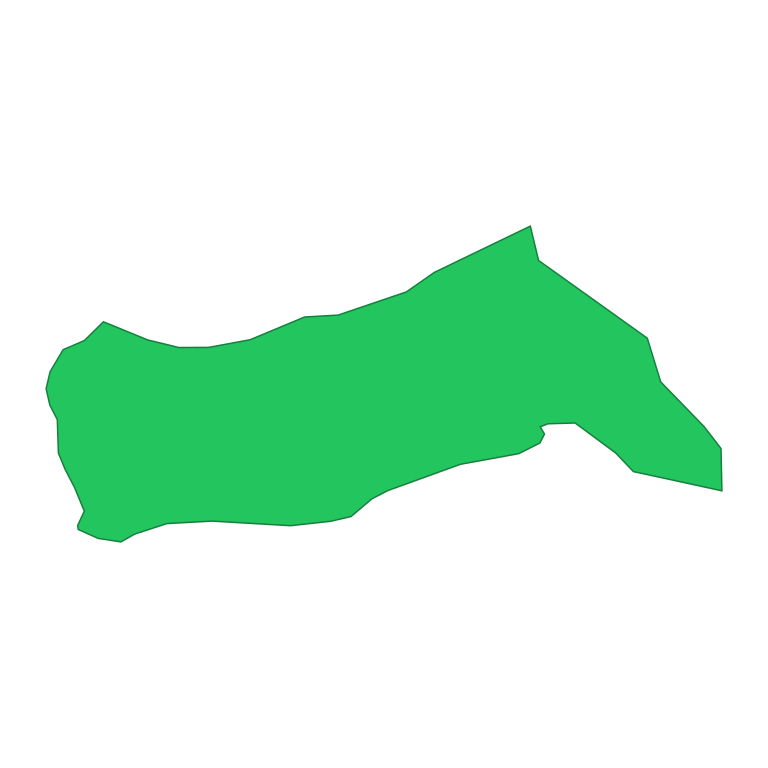 outline of Pivka
{"feature_id": "SVN-977", "entity_name": "Pivka", "entity_type": "Statistical Region", "adm_level": 1, "iso_a3": "SVN", "parent_name": "Slovenia", "parent_adm1": "", "projection": "equal_earth", "projection_center": [14.213, 45.688], "detail": "fine", "context": "isolated", "style": "filled", "palette": "green", "viewbox_px": 768, "rotation_deg": 0, "n_neighbors": 0, "source": "natural_earth", "source_scale": "10m", "svg_char_len": 695}
<svg xmlns="http://www.w3.org/2000/svg" viewBox="0 0 768 768"><path d="M530.3,226.1L538.6,260.5L647.3,338.2L660.7,381.9L704.0,426.5L721.0,448.5L721.9,490.8L633.4,471.6L615.8,453.1L575.1,423.0L547.9,423.8L540.2,426.8L544.5,434.1L539.9,443.0L518.9,453.6L460.4,464.3L388.0,490.5L371.9,498.8L351.1,516.5L330.6,521.3L290.5,525.7L212.0,521.1L166.8,523.6L134.7,534.1L120.9,541.9L98.1,538.4L78.2,529.5L77.7,525.4L84.3,511.1L74.5,487.4L65.0,469.1L58.4,453.1L57.3,419.7L49.8,405.0L46.1,388.7L50.1,371.7L63.1,349.7L84.4,340.5L103.4,321.8L147.6,339.9L178.7,347.5L208.4,347.4L249.9,339.8L304.6,317.0L338.0,315.1L406.4,291.9L434.3,272.4L530.3,226.1Z" fill="#22c55e" stroke="#15803d" stroke-width="1.5"/></svg>